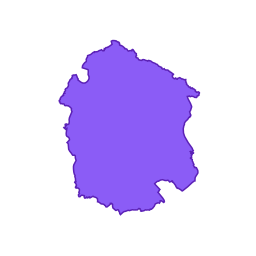 Pho Thale, Phichit, Thailand (Albers equal-area conic projection), rotated 146°
{"feature_id": "78962969B47406793118742", "entity_name": "Pho Thale", "entity_type": "district", "adm_level": 2, "iso_a3": "THA", "parent_name": "Thailand", "parent_adm1": "Phichit", "projection": "albers", "projection_center": [100.23, 16.06], "detail": "fine", "context": "isolated", "style": "filled", "palette": "violet", "viewbox_px": 256, "rotation_deg": 146, "n_neighbors": 0, "source": "geoboundaries", "source_scale": "gbopen_adm2", "svg_char_len": 5785}
<svg xmlns="http://www.w3.org/2000/svg" viewBox="0 0 256 256"><g transform="rotate(146 128 128)"><path d="M198.5,91.3L195.3,91.0L194.9,90.6L194.8,90.0L193.9,89.0L193.1,87.7L192.9,86.2L193.4,85.7L193.9,84.4L194.5,83.9L193.5,82.6L192.7,80.1L191.3,78.9L190.6,77.9L190.6,77.0L190.2,76.5L190.4,75.2L190.3,74.8L189.5,74.3L186.7,74.5L185.4,74.7L184.8,75.4L183.7,74.7L183.6,74.2L183.9,73.8L183.5,73.3L184.6,71.7L185.2,70.1L184.3,66.6L183.9,66.3L182.2,66.0L181.8,65.4L181.8,65.0L182.1,64.4L182.1,62.9L182.7,61.7L182.7,60.4L179.4,60.9L178.0,60.9L176.6,60.3L173.9,59.7L173.0,58.7L170.1,57.8L169.0,56.8L166.0,54.9L164.0,55.2L163.2,54.4L163.6,53.7L163.3,52.3L163.8,52.0L163.4,51.5L161.0,50.5L159.3,50.4L158.8,49.8L157.1,48.9L156.1,47.9L155.7,47.9L155.0,48.3L154.1,47.6L152.4,47.7L149.9,48.5L147.8,49.8L145.2,49.3L144.3,48.7L144.0,48.1L142.8,48.7L142.1,49.6L141.2,49.3L140.0,46.3L139.1,46.5L139.0,47.2L138.5,47.7L138.4,50.6L139.1,58.0L138.2,58.1L137.8,58.6L137.1,58.6L136.5,59.1L135.9,59.2L137.0,65.7L137.0,67.0L133.5,67.4L132.2,66.7L131.8,66.9L130.0,66.6L128.2,65.8L126.7,63.8L125.4,62.9L124.1,62.4L123.7,60.9L123.7,60.0L121.8,59.4L121.1,59.6L120.8,59.1L120.9,58.5L121.3,58.1L120.8,57.1L120.7,53.9L121.0,52.4L120.9,50.5L120.4,50.5L118.9,47.5L118.4,45.7L118.0,45.4L111.5,45.9L105.2,46.9L102.5,47.0L102.1,46.7L100.3,49.1L99.3,49.8L95.4,51.5L94.7,52.3L93.9,53.8L93.5,56.8L94.1,57.2L94.0,57.6L95.0,58.1L94.7,58.7L94.7,60.1L94.6,60.6L93.8,60.8L93.6,61.7L93.7,62.0L93.2,63.5L93.2,64.6L92.3,66.0L92.5,66.7L93.2,67.8L92.8,68.3L92.2,68.0L91.6,68.1L91.3,69.0L90.9,69.4L90.8,69.9L90.1,69.9L89.7,70.1L89.7,70.4L90.2,71.7L89.3,72.3L89.5,72.8L89.6,73.7L89.2,73.7L88.8,73.4L88.6,72.5L89.1,71.4L89.0,71.1L88.5,70.7L87.9,70.5L87.6,70.7L87.8,71.5L87.6,72.3L86.4,72.9L86.6,74.0L86.1,75.1L86.3,82.2L85.8,89.3L84.8,92.8L82.6,96.5L80.4,98.7L79.4,99.2L78.6,100.3L77.9,100.8L76.0,101.4L73.8,101.7L71.7,102.7L70.9,102.3L70.4,103.0L69.6,102.8L68.6,103.6L68.8,104.3L68.3,105.3L67.9,107.0L66.6,107.4L63.4,109.9L63.1,110.7L62.5,113.4L61.9,118.7L61.2,121.0L60.2,120.5L59.3,120.3L59.0,119.2L57.4,118.7L56.1,117.4L55.6,116.1L54.2,115.0L53.6,115.1L52.7,115.9L52.2,115.8L51.9,115.5L50.7,115.6L50.2,116.5L49.4,116.9L49.0,117.5L49.6,118.8L51.0,119.0L51.3,119.3L51.2,120.1L51.6,120.8L50.9,121.7L51.4,122.5L51.5,123.5L52.3,124.2L52.1,124.8L52.4,125.5L52.7,125.6L53.6,125.5L54.0,126.8L53.6,127.2L54.8,128.3L54.5,129.4L55.1,131.4L54.4,132.3L54.5,133.4L54.1,133.9L53.7,135.3L53.1,135.6L53.0,135.9L54.0,136.3L54.7,137.1L55.3,138.2L55.9,138.4L56.9,140.8L58.9,141.3L59.9,140.9L60.6,141.7L60.4,142.4L60.5,142.8L62.1,142.9L62.6,144.5L62.6,145.7L61.9,146.3L61.7,147.0L60.4,146.9L60.2,147.3L60.6,148.0L61.1,149.9L61.8,150.6L61.7,151.6L62.4,152.5L62.5,153.7L64.5,155.2L64.9,156.2L64.8,156.9L65.4,157.0L66.5,157.7L66.6,158.7L66.2,159.1L66.3,159.6L67.0,160.4L67.3,161.3L68.0,162.0L68.2,164.4L68.9,165.2L69.4,166.5L71.0,168.7L71.5,170.4L72.4,171.8L72.8,171.8L73.3,172.6L74.2,172.4L74.6,173.3L75.4,173.9L76.1,175.2L77.2,176.3L77.8,176.5L78.8,176.3L79.3,177.0L80.1,177.3L80.4,178.1L81.0,178.7L80.7,180.4L81.7,181.6L81.8,182.3L81.4,183.1L80.5,183.1L80.3,183.9L79.5,185.0L80.2,186.7L80.0,187.0L80.0,190.1L80.2,190.5L80.8,190.7L81.7,189.9L82.2,190.5L83.0,191.0L84.7,191.6L84.9,192.3L84.9,194.2L86.3,195.5L86.0,196.2L86.3,196.6L86.3,197.2L86.7,198.6L87.4,200.1L88.2,200.7L88.5,201.4L88.5,201.6L88.1,201.8L87.9,203.2L87.6,203.2L87.6,204.2L88.2,205.1L88.7,205.3L88.9,206.6L89.4,206.8L89.8,207.6L91.8,209.1L92.9,209.3L93.4,209.3L94.4,206.3L96.7,206.2L99.2,206.2L99.4,206.4L99.8,206.2L101.4,207.0L101.9,206.7L102.6,206.7L103.1,207.0L103.2,206.2L103.8,206.2L104.3,205.6L104.7,206.1L105.3,205.8L105.6,205.9L106.3,207.8L107.2,207.8L108.5,208.3L110.3,208.3L112.3,209.2L113.0,209.9L113.7,209.6L113.8,210.0L114.6,210.1L117.9,209.8L121.0,210.6L122.1,209.4L123.0,209.1L124.3,208.3L124.4,207.8L125.5,206.4L127.1,206.4L129.5,205.7L131.0,204.9L132.2,203.5L128.6,198.9L128.6,198.3L129.5,196.8L131.2,194.6L131.6,192.4L132.4,191.1L132.9,190.6L134.7,189.6L136.6,189.2L138.3,189.3L139.6,190.0L140.6,190.9L141.5,192.5L142.6,195.9L141.9,196.5L141.9,197.9L141.4,199.7L141.2,201.2L142.4,201.6L143.3,202.3L144.8,202.7L145.0,202.6L145.2,201.7L146.4,201.2L146.8,200.4L148.1,200.6L149.3,200.3L150.3,199.6L152.5,198.6L153.4,196.8L154.2,196.0L156.0,195.3L157.6,195.4L158.5,195.1L159.0,193.9L160.7,193.4L161.0,192.1L162.0,192.6L162.7,191.9L163.2,191.8L163.3,191.2L163.5,191.3L164.0,191.1L164.3,191.3L164.4,191.1L166.0,191.2L166.8,190.7L167.6,190.5L168.2,189.5L169.6,189.3L170.1,188.2L169.8,188.0L170.3,186.7L170.1,185.6L169.2,185.3L168.9,184.6L168.3,184.3L167.7,183.7L167.6,183.2L167.9,182.4L167.6,181.6L166.3,181.0L166.0,180.4L165.1,179.9L164.3,177.6L164.0,175.7L164.8,174.8L165.2,173.7L165.2,173.0L170.9,169.2L172.2,167.8L173.2,166.0L174.4,164.7L175.0,164.4L175.9,164.5L176.4,165.0L176.5,165.6L177.8,166.2L178.3,165.9L178.6,165.0L178.0,164.6L178.7,164.4L179.1,163.7L179.9,163.7L180.5,164.3L181.0,164.2L180.4,161.7L179.1,161.7L182.2,158.2L183.2,156.5L183.3,155.3L182.5,153.5L182.5,152.2L183.1,150.9L186.7,150.0L186.4,149.2L186.5,148.2L189.1,143.5L189.3,141.3L189.1,139.2L189.1,136.4L187.4,135.2L187.4,134.2L188.4,132.7L189.2,130.1L193.6,127.7L194.8,126.5L196.1,124.5L197.5,121.9L198.3,119.8L198.5,118.1L199.2,117.5L199.9,115.3L200.8,114.0L201.1,112.7L201.4,112.5L202.4,113.0L202.6,112.8L202.6,112.4L202.3,111.8L202.6,109.5L202.9,109.2L203.6,109.0L203.7,108.3L204.4,108.5L204.8,108.1L204.8,107.6L204.3,107.0L203.1,106.3L202.6,104.8L202.7,104.1L203.7,102.8L204.7,102.3L204.8,101.0L206.4,100.4L207.0,99.3L207.0,98.4L206.3,97.9L204.3,98.3L203.6,97.9L202.1,96.4L202.1,96.0L202.7,95.7L203.1,94.6L203.0,94.0L202.1,93.6L201.4,93.8L201.5,93.5L200.8,93.1L200.7,92.8L199.8,93.0L199.8,92.5L199.3,92.2L198.4,92.3L198.3,91.9L198.5,91.3Z" fill="#8b5cf6" stroke="#5b21b6" stroke-width="1.5"/></g></svg>